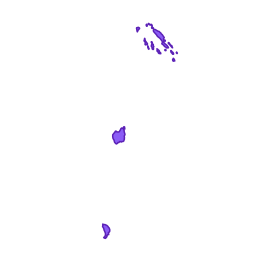 Kien Hai, Vietnam, rotated 144°
{"feature_id": "81297802B10550571931229", "entity_name": "Kien Hai", "entity_type": "district", "adm_level": 2, "iso_a3": "VNM", "parent_name": "Vietnam", "parent_adm1": "", "projection": "equal_earth", "projection_center": [104.487, 9.804], "detail": "fine", "context": "isolated", "style": "filled", "palette": "violet", "viewbox_px": 256, "rotation_deg": 144, "n_neighbors": 0, "source": "geoboundaries", "source_scale": "gbopen_adm2", "svg_char_len": 5452}
<svg xmlns="http://www.w3.org/2000/svg" viewBox="0 0 256 256"><g transform="rotate(144 128 128)"><path d="M140.9,120.6L140.0,120.0L139.0,120.0L138.8,120.1L138.5,120.5L137.7,120.9L137.5,121.1L137.3,121.6L136.9,121.8L136.6,122.2L136.1,123.1L135.9,123.5L135.6,123.8L134.5,124.3L134.3,124.5L134.0,125.0L133.3,127.2L132.7,128.0L132.6,128.3L132.5,129.2L132.3,129.5L132.0,129.7L131.8,129.6L131.6,129.3L131.5,129.2L131.2,129.1L130.6,129.9L130.5,130.5L130.3,130.7L130.2,130.9L130.3,131.1L130.4,131.3L130.9,131.4L131.6,130.6L131.8,130.5L132.1,130.6L132.6,130.8L132.8,131.1L132.9,131.3L132.7,131.4L132.8,131.6L134.0,131.7L135.6,130.8L136.3,130.6L136.9,130.2L137.6,130.2L138.4,130.6L139.4,131.6L139.6,132.0L139.5,132.3L139.5,132.5L140.0,132.8L140.4,132.7L140.9,132.5L141.2,132.2L141.5,132.1L141.9,132.2L142.1,132.1L144.3,131.5L145.4,130.1L146.2,128.5L146.3,127.9L146.4,127.4L146.4,126.5L147.2,124.5L147.2,124.1L147.1,122.6L146.7,121.9L145.8,121.8L145.5,121.8L145.3,122.0L144.9,122.0L144.7,122.1L143.8,121.6L143.7,121.6L143.1,121.9L142.8,121.9L142.3,121.7L141.9,120.9L141.6,120.6L141.4,120.5L140.9,120.6ZM49.7,177.1L50.0,176.8L50.4,176.8L50.8,176.6L51.0,176.4L51.1,176.2L51.1,175.8L51.0,175.5L50.8,175.1L50.6,174.3L50.5,172.8L50.5,172.4L49.9,171.2L49.7,170.3L49.5,169.8L48.8,169.6L48.3,169.2L48.1,169.2L48.0,169.5L47.9,169.9L47.9,171.8L48.0,172.5L48.6,174.5L48.7,175.0L48.7,176.9L48.5,177.3L48.2,177.4L47.7,177.3L47.1,176.6L47.0,176.4L46.8,176.5L46.5,176.7L46.4,177.1L46.5,177.4L47.2,178.4L47.2,178.9L47.0,179.2L45.7,179.8L45.5,180.0L45.5,180.6L45.5,181.7L45.4,183.2L45.5,183.7L45.7,184.6L45.6,185.6L45.7,186.0L45.9,186.5L46.1,187.9L46.2,188.1L46.6,188.4L46.9,188.8L48.0,191.5L48.3,191.9L48.5,192.1L49.1,192.4L49.4,192.4L49.9,192.2L50.3,191.8L50.5,191.3L50.6,190.9L50.5,189.7L50.2,186.8L50.3,185.2L50.3,184.7L49.5,182.0L49.4,181.3L49.4,180.4L49.4,177.9L49.7,177.1ZM211.3,52.1L210.9,52.0L210.2,52.2L209.8,52.1L209.2,52.5L208.5,52.8L208.4,52.9L208.4,53.3L208.1,53.3L207.9,53.4L207.4,53.7L206.9,53.4L206.3,53.5L206.2,53.3L205.9,53.5L205.9,54.0L205.7,54.4L205.5,54.8L204.9,54.9L204.5,54.8L204.0,54.9L203.9,55.0L203.5,55.2L202.6,56.3L202.1,57.8L202.0,58.0L202.2,59.2L202.1,59.8L202.1,60.2L202.2,60.7L202.3,61.2L202.4,61.7L202.6,62.1L202.8,62.2L202.9,62.3L203.0,62.7L203.2,63.0L203.3,63.3L203.7,63.7L204.4,64.0L204.8,64.6L204.8,64.9L205.2,64.7L205.4,64.5L205.4,64.4L205.5,64.1L206.4,63.3L206.6,62.9L206.5,62.3L206.5,61.7L206.9,60.8L206.9,60.4L207.4,59.4L207.4,59.1L207.9,57.0L208.0,56.4L208.2,55.9L208.7,55.5L209.0,54.7L209.3,54.4L209.7,54.3L210.2,54.1L210.4,53.8L210.6,53.7L210.9,53.7L211.5,53.8L212.0,53.6L212.0,53.3L212.0,53.2L211.3,52.1ZM59.1,182.2L59.4,181.7L59.8,181.6L60.2,181.4L61.0,180.6L61.1,180.4L61.1,179.6L61.2,179.2L61.5,178.5L61.8,178.0L61.9,177.9L61.8,177.2L61.6,176.8L61.3,176.7L60.9,176.9L60.1,178.3L59.4,178.6L59.2,178.9L59.2,179.6L59.1,179.9L58.7,180.3L58.5,180.6L58.6,181.4L58.7,181.9L58.9,182.3L59.1,182.2ZM61.9,190.7L62.1,190.6L63.1,189.6L63.5,189.4L63.8,189.0L63.8,188.6L63.6,187.9L63.7,187.4L64.3,186.5L65.1,185.5L65.0,185.0L64.3,184.8L63.8,184.3L63.5,184.2L63.1,184.3L62.8,184.6L62.7,185.3L62.7,186.1L62.7,187.2L62.7,188.3L62.5,189.0L61.8,190.4L61.8,190.6L61.9,190.7ZM58.2,170.2L58.0,169.0L57.9,168.9L57.7,169.0L57.4,169.8L57.5,170.0L57.7,170.5L57.7,171.0L57.4,171.8L57.3,172.4L57.3,172.6L57.6,173.2L57.7,174.4L57.9,174.8L58.0,174.9L58.4,174.3L58.6,174.0L59.2,173.4L59.3,173.2L59.0,172.2L59.1,171.8L59.2,171.3L59.3,171.0L59.2,170.4L59.1,170.0L58.9,169.8L58.3,170.3L58.2,170.2ZM63.7,201.1L63.9,200.6L63.9,200.4L63.6,200.4L63.4,200.5L62.7,201.2L61.9,201.2L61.0,201.5L60.3,201.6L60.0,202.0L60.0,202.3L60.1,202.7L60.4,203.3L60.5,203.4L62.0,204.0L62.4,203.8L63.7,201.1ZM48.0,165.4L48.2,165.2L48.4,164.5L48.7,163.9L48.7,163.7L48.5,162.9L48.5,161.5L48.2,161.2L47.8,161.0L47.7,161.1L47.4,161.4L47.3,161.7L47.2,162.5L47.2,162.8L47.6,164.0L47.6,164.3L47.5,164.9L47.6,165.2L47.8,165.4L48.0,165.4ZM45.1,173.3L45.4,173.2L45.6,172.8L45.6,172.4L45.3,171.3L45.3,170.2L45.2,169.3L45.1,167.8L45.0,167.0L44.8,166.8L44.7,166.9L44.6,167.6L44.3,168.5L44.2,169.0L44.7,169.8L44.8,170.1L44.8,170.5L44.7,172.1L44.7,172.8L44.9,173.2L45.1,173.3ZM51.7,157.1L51.9,156.8L52.2,156.0L52.1,155.6L51.9,155.3L51.4,155.2L51.0,154.9L50.8,154.8L50.7,154.9L50.4,155.5L50.2,156.9L50.3,157.6L50.6,157.7L51.2,157.2L51.6,157.2L51.7,157.1ZM49.5,195.4L49.8,195.4L50.0,195.2L50.1,194.7L49.7,194.1L49.0,193.7L48.8,193.7L48.7,193.8L48.7,194.1L48.9,194.8L49.2,195.4L49.5,195.4ZM52.1,201.0L52.6,200.8L52.9,200.4L53.1,199.6L53.0,199.3L52.8,199.2L52.6,199.2L52.1,199.8L51.9,200.7L51.9,200.9L52.1,201.0ZM48.3,198.2L48.5,198.0L48.7,197.8L48.9,197.4L48.9,197.2L48.9,196.7L48.4,196.4L48.2,196.7L48.1,197.0L48.1,197.9L48.2,198.1L48.3,198.2ZM58.7,183.9L58.9,182.8L58.8,182.4L58.6,182.3L58.3,182.5L58.1,183.0L58.0,183.5L58.1,183.8L58.3,184.0L58.5,184.0L58.7,183.9ZM51.9,169.7L52.4,169.5L52.5,169.0L52.4,168.8L52.3,168.6L51.9,168.4L51.5,168.6L51.4,169.2L51.4,169.4L51.5,169.5L51.9,169.7ZM50.1,200.5L50.2,200.4L50.4,200.2L50.4,199.9L50.3,199.4L50.0,198.9L49.7,198.6L49.5,198.9L49.7,200.0L49.8,200.4L50.1,200.5ZM44.1,160.8L44.5,160.7L44.7,160.2L44.7,159.9L44.6,159.5L44.4,159.4L44.1,159.6L44.0,160.1L44.0,160.6L44.1,160.8ZM64.8,180.8L64.9,180.5L65.0,179.9L64.9,179.6L64.5,179.6L64.3,179.9L64.3,180.7L64.4,180.9L64.5,180.9L64.8,180.8ZM63.8,182.7L64.1,182.4L64.4,181.9L64.6,181.6L64.4,181.2L64.2,181.2L64.0,181.4L63.7,182.3L63.7,182.6L63.8,182.7Z" fill="#8b5cf6" stroke="#5b21b6" stroke-width="1.5"/></g></svg>